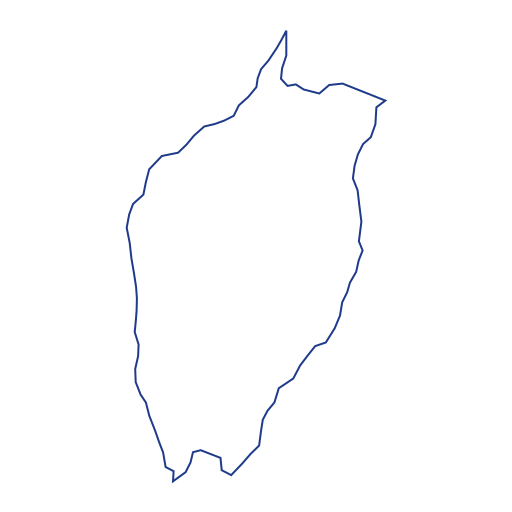 outline of Dirce Reis, São Paulo, Brazil
{"feature_id": "56859067B30204819137287", "entity_name": "Dirce Reis", "entity_type": "district", "adm_level": 2, "iso_a3": "BRA", "parent_name": "Brazil", "parent_adm1": "São Paulo", "projection": "natural_earth1", "projection_center": [-50.628, -20.447], "detail": "fine", "context": "isolated", "style": "outline", "palette": "blue", "viewbox_px": 512, "rotation_deg": 0, "n_neighbors": 0, "source": "geoboundaries", "source_scale": "gbopen_adm2", "svg_char_len": 1262}
<svg xmlns="http://www.w3.org/2000/svg" viewBox="0 0 512 512"><path d="M250.7,453.8L259.1,445.6L261.1,430.4L262.8,419.7L267.6,410.6L274.4,402.5L278.8,388.2L293.3,378.5L300.1,365.5L307.8,355.4L315.2,346.1L325.8,342.5L334.7,328.3L340.0,315.6L342.2,302.3L347.2,292.2L349.9,282.7L356.2,271.8L358.7,260.4L362.6,250.5L358.9,241.3L360.1,231.8L361.4,221.7L359.2,204.3L357.6,190.3L352.9,178.4L354.6,165.7L357.9,154.4L363.1,144.0L370.8,137.2L375.4,124.2L376.4,107.3L385.3,100.6L342.6,83.6L329.2,85.0L319.3,93.5L303.7,89.5L295.8,84.4L287.6,85.9L281.0,78.8L282.1,68.3L286.3,55.5L286.3,30.7L281.3,40.2L276.6,48.3L268.4,60.6L261.1,69.1L257.7,78.2L256.4,87.1L248.2,97.0L238.9,105.3L233.7,115.8L224.2,120.6L214.8,124.0L204.2,126.5L194.0,135.6L186.6,144.5L178.1,152.7L161.8,156.0L149.2,169.3L145.9,182.0L143.4,194.6L133.1,203.9L129.2,214.4L126.7,227.7L129.7,242.9L131.4,258.2L133.9,272.8L136.1,287.1L136.9,298.4L136.6,310.6L135.7,322.3L134.7,332.0L138.6,344.5L138.1,356.2L135.2,369.0L135.7,382.1L140.7,394.8L145.9,402.5L149.3,415.8L155.4,431.4L159.1,442.1L163.1,452.4L165.6,467.0L173.6,471.2L173.0,481.3L185.6,472.2L190.5,462.5L193.0,452.2L200.7,450.2L211.5,454.4L220.5,457.9L221.7,470.2L231.2,475.1L241.9,463.9L250.7,453.8Z" fill="none" stroke="#1e3a8a" stroke-width="2"/></svg>